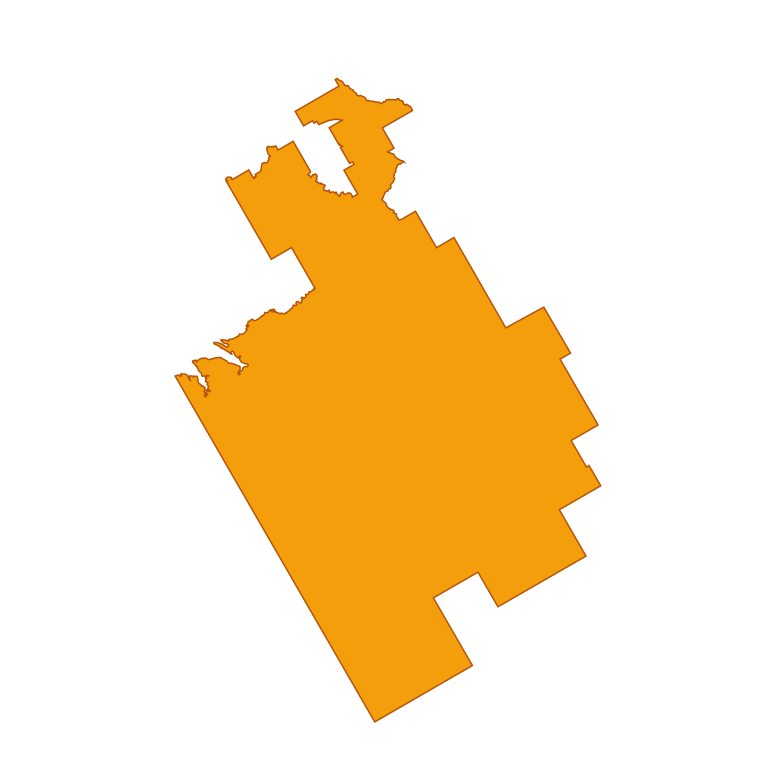 the district of Victoria Daly, Northern Territory, Australia, rotated 330°
{"feature_id": "25037944B16072859725230", "entity_name": "Victoria Daly", "entity_type": "district", "adm_level": 2, "iso_a3": "AUS", "parent_name": "Australia", "parent_adm1": "Northern Territory", "projection": "mercator", "projection_center": [130.631, -15.929], "detail": "fine", "context": "isolated", "style": "filled", "palette": "amber", "viewbox_px": 768, "rotation_deg": 330, "n_neighbors": 0, "source": "geoboundaries", "source_scale": "gbopen_adm2", "svg_char_len": 6155}
<svg xmlns="http://www.w3.org/2000/svg" viewBox="0 0 768 768"><g transform="rotate(330 384 384)"><path d="M207.0,672.0L319.8,672.0L319.8,593.9L371.3,593.9L371.3,633.9L472.9,634.0L473.0,580.5L520.8,580.5L520.8,557.1L517.8,557.1L517.8,526.5L548.9,526.5L548.9,450.5L561.0,450.5L560.8,397.3L517.5,396.3L517.8,292.1L497.6,292.2L497.6,250.1L481.2,250.2L478.8,249.4L479.0,246.9L478.5,245.6L479.7,242.9L477.8,240.3L479.1,239.5L479.1,238.8L478.2,237.2L477.3,236.5L476.9,235.2L475.7,233.6L475.4,231.6L476.0,228.1L474.3,224.1L474.6,223.8L474.4,223.0L475.8,222.7L476.3,221.6L477.2,221.7L477.9,220.6L479.6,219.7L480.4,218.7L481.7,218.4L483.5,218.8L485.8,217.5L487.3,218.1L488.4,217.0L489.4,214.7L493.2,213.6L495.4,211.8L496.0,211.0L496.2,208.7L497.3,208.3L498.7,206.4L500.3,206.1L501.7,203.7L504.2,202.2L504.6,201.4L506.2,201.0L508.0,201.7L509.9,201.6L511.1,200.5L512.3,201.9L512.0,200.4L510.5,199.1L508.3,195.5L507.3,192.7L507.3,189.8L503.0,184.8L510.6,184.8L510.6,161.4L545.2,161.4L545.6,160.2L545.6,157.1L545.3,156.3L544.3,155.6L544.4,154.7L543.8,154.3L543.6,153.2L541.8,152.8L541.3,152.3L541.2,149.9L541.6,149.4L541.2,148.7L541.3,147.6L539.6,146.5L539.3,144.1L537.6,143.6L537.4,144.1L536.8,144.2L533.3,141.7L531.6,141.3L531.1,140.2L530.2,140.2L529.4,139.6L527.5,139.2L526.2,140.2L524.5,139.3L522.2,140.1L521.4,139.2L520.9,137.7L519.9,137.5L519.1,136.4L517.4,135.3L515.4,133.3L513.5,132.4L512.6,130.8L511.1,130.2L510.7,129.1L510.9,127.1L510.3,125.7L508.0,122.5L506.6,122.2L504.9,120.4L505.3,118.8L504.0,115.3L504.2,113.8L502.3,111.4L502.1,107.8L501.2,107.4L500.9,106.7L499.4,106.2L499.2,101.7L498.4,99.9L497.1,98.7L496.3,96.0L493.9,96.0L493.9,103.5L443.4,103.5L443.4,120.3L453.8,120.3L453.8,123.1L457.2,123.1L457.2,126.7L467.4,128.1L473.5,130.1L476.7,131.9L478.0,133.0L477.9,133.4L479.6,134.6L464.6,134.7L464.6,154.3L465.8,154.2L465.8,155.1L465.4,155.4L466.9,157.5L464.5,157.3L464.5,175.8L467.9,175.8L468.0,178.8L456.2,178.8L456.2,206.4L449.9,206.4L450.5,205.3L450.5,202.7L450.2,202.1L449.5,201.1L448.9,201.2L448.1,200.5L445.6,200.6L444.9,200.2L444.1,198.7L444.6,197.6L444.2,197.1L442.5,197.1L440.7,198.0L439.6,199.3L439.2,199.2L438.3,195.9L438.4,193.9L437.8,193.8L437.4,194.6L437.0,194.6L436.3,192.5L434.5,191.4L433.3,191.5L432.8,191.2L432.7,190.4L433.5,189.2L433.4,188.7L431.1,188.8L430.4,187.3L429.0,186.4L429.8,183.8L431.8,183.2L432.3,182.1L430.8,181.0L430.6,179.6L429.5,179.4L429.3,178.0L427.6,177.9L427.5,175.6L426.5,175.1L426.2,174.5L426.5,173.9L428.1,173.3L428.8,171.5L430.1,170.6L429.9,168.0L429.4,167.7L427.8,167.8L426.7,167.0L424.8,168.5L424.2,168.5L423.7,166.2L422.2,164.4L423.0,164.8L424.0,164.3L424.6,164.4L426.6,163.3L426.7,128.4L409.3,128.4L409.3,123.6L407.3,123.6L406.9,122.8L406.0,122.9L403.3,121.2L402.9,120.4L401.2,120.4L400.0,121.8L398.7,126.7L399.4,129.9L398.3,129.7L397.1,130.7L396.6,131.8L395.2,132.6L395.0,133.4L392.3,133.9L391.1,132.3L388.6,132.2L383.6,138.1L377.3,138.1L377.2,140.0L375.3,140.0L375.3,140.8L373.9,140.8L373.9,131.0L355.0,131.1L354.2,130.3L355.0,129.7L355.1,129.2L354.1,127.8L351.7,126.6L349.2,127.3L349.1,128.0L350.1,129.9L349.8,130.1L348.8,129.6L348.8,219.6L372.1,219.6L372.1,266.6L371.2,266.3L370.1,267.6L369.8,266.8L366.9,267.5L365.2,266.7L364.9,267.4L363.6,267.8L362.7,268.5L360.8,267.2L359.9,269.5L357.8,269.8L356.7,268.1L355.8,267.7L355.3,268.4L355.9,269.2L355.6,270.3L354.2,270.6L353.5,272.0L352.8,272.3L351.7,271.7L350.6,269.5L349.3,269.0L348.1,270.1L347.8,271.8L346.5,271.9L345.3,270.5L344.9,270.5L343.5,271.3L342.8,272.5L340.0,272.4L338.7,273.2L336.5,273.1L335.4,273.9L334.5,273.3L332.0,273.2L330.6,271.2L329.1,271.3L327.8,269.1L326.7,268.4L326.4,267.2L325.4,267.2L324.8,266.4L326.2,266.0L326.1,264.5L324.8,263.4L325.2,264.4L324.0,265.7L323.2,265.7L322.7,264.3L323.8,263.6L323.1,263.1L321.2,263.1L320.0,264.0L318.8,263.6L317.9,263.8L316.7,262.5L314.2,264.3L313.3,264.4L312.5,263.9L308.4,264.8L304.2,264.8L303.1,264.1L302.5,262.4L301.9,261.9L301.1,261.8L299.6,262.5L297.7,262.0L295.6,264.2L293.8,264.5L293.8,265.4L295.0,265.0L295.9,265.7L295.5,266.4L294.7,266.3L292.0,267.3L292.7,268.6L292.4,268.8L287.4,270.3L284.3,269.3L284.1,268.6L281.7,269.5L281.8,269.7L275.8,269.4L272.1,267.9L271.6,268.0L271.6,268.6L270.4,268.9L269.0,267.0L265.0,264.1L264.6,265.0L265.8,268.4L267.2,270.1L268.5,270.9L269.1,272.2L269.0,272.8L266.4,273.8L263.6,268.5L260.4,264.8L257.8,263.1L257.3,263.2L257.0,263.7L257.2,264.6L260.2,268.9L260.8,270.1L260.8,271.5L262.0,272.5L265.6,279.1L266.5,281.7L267.2,282.0L266.9,280.6L268.1,279.7L269.2,279.8L269.5,280.2L269.7,282.1L269.3,284.9L270.6,288.3L271.2,288.7L272.9,287.5L273.7,288.2L273.4,288.7L272.8,288.5L272.1,289.3L271.3,289.5L271.4,293.3L272.7,295.7L275.8,298.7L275.8,300.0L274.3,300.6L272.9,299.6L271.1,299.3L269.9,299.5L268.4,301.1L265.4,301.2L264.2,302.7L264.1,303.6L263.6,303.8L262.9,302.9L263.2,301.3L263.6,300.8L264.3,300.7L265.8,299.9L267.4,298.5L267.8,297.5L267.6,296.3L262.8,290.2L259.7,288.0L259.4,285.7L255.4,279.0L250.7,276.9L248.1,276.5L248.0,277.3L247.9,276.6L246.3,275.6L245.2,275.6L243.8,275.0L243.1,273.2L242.1,272.0L240.6,271.9L240.5,271.4L238.8,270.5L236.1,270.3L232.8,271.1L233.3,269.5L231.4,269.0L231.1,269.8L231.4,268.6L229.9,268.4L229.2,269.1L229.2,270.1L229.9,271.5L230.2,274.3L231.2,275.8L230.5,276.2L230.4,277.2L230.3,280.6L231.2,283.7L230.4,286.0L230.7,286.5L232.2,287.1L233.6,288.5L235.2,287.9L236.4,289.3L237.2,288.9L236.4,289.5L234.9,288.2L233.2,289.6L232.7,291.6L232.7,290.1L233.2,289.1L232.6,288.6L232.2,290.9L230.7,292.2L230.9,293.2L232.0,294.6L231.6,294.7L231.8,295.1L230.5,296.4L230.9,296.6L230.8,298.5L229.8,299.1L228.6,301.1L229.7,301.9L230.1,303.4L229.6,303.6L227.6,301.7L226.6,301.7L227.4,300.4L227.0,300.4L225.7,303.2L225.8,304.8L225.0,304.2L224.1,305.5L222.8,305.7L222.7,304.3L224.5,302.6L224.5,300.5L225.5,299.9L226.5,298.2L227.1,297.9L226.5,295.8L225.9,295.5L225.5,294.6L224.8,294.4L225.0,293.1L223.9,290.5L224.0,288.8L225.0,287.7L225.9,283.8L222.8,281.9L222.7,282.9L222.3,283.4L222.7,281.9L220.0,279.8L219.2,280.2L218.1,282.6L218.3,283.8L217.8,284.0L217.6,282.8L218.2,278.3L217.1,276.3L213.5,273.8L212.3,274.2L212.6,275.5L211.3,275.5L211.3,274.9L210.1,273.3L207.1,272.6L207.0,672.0Z" fill="#f59e0b" stroke="#b45309" stroke-width="1.5"/></g></svg>